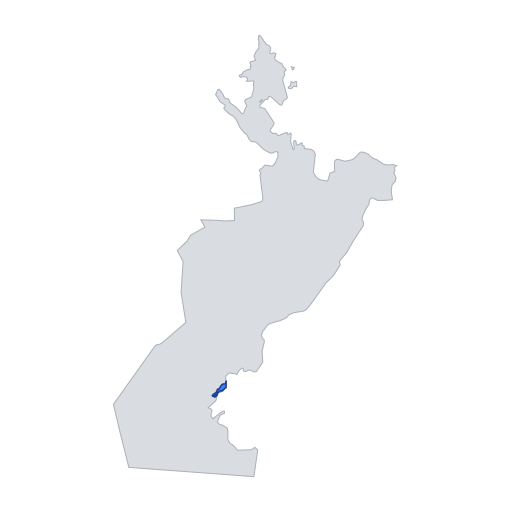 location of Khojeyli, Karakalpakstan, Uzbekistan, rotated 272°
{"feature_id": "79887680B45163084066424", "entity_name": "Khojeyli", "entity_type": "district", "adm_level": 2, "iso_a3": "UZB", "parent_name": "Uzbekistan", "parent_adm1": "Karakalpakstan", "projection": "albers", "projection_center": [59.321, 42.473], "detail": "fine", "context": "in_parent", "style": "filled", "palette": "blue", "viewbox_px": 512, "rotation_deg": 272, "n_neighbors": 0, "source": "geoboundaries", "source_scale": "gbopen_adm2", "svg_char_len": 4747}
<svg xmlns="http://www.w3.org/2000/svg" viewBox="0 0 512 512"><g transform="rotate(272 256 256)"><path d="M408.5,215.1L416.0,210.0L420.8,212.1L421.4,213.5L416.9,217.0L412.7,219.2L411.9,223.1L407.7,225.3L404.0,230.9L397.7,237.0L397.8,238.1L398.5,238.9L400.8,239.2L405.8,241.5L410.0,239.3L411.1,239.5L412.5,241.0L414.4,245.5L416.5,246.5L423.2,248.0L428.0,247.4L430.6,248.0L430.9,247.5L430.2,240.5L432.4,241.4L434.4,240.2L434.8,236.6L434.0,234.4L435.4,232.9L436.4,233.6L436.8,235.7L439.3,236.7L441.4,239.9L442.6,243.8L447.1,244.1L448.6,243.2L449.9,243.4L451.3,248.3L452.0,248.6L455.7,247.0L459.6,248.5L464.1,251.7L468.5,251.3L469.6,251.8L472.6,250.7L476.4,251.1L476.6,251.7L476.1,252.7L468.2,258.6L466.3,262.2L464.5,263.5L459.1,262.6L458.6,264.7L459.8,266.4L458.9,268.7L456.1,268.3L455.4,267.4L452.9,268.3L450.3,272.1L449.3,275.1L446.5,276.3L443.0,279.7L441.1,277.7L438.3,278.4L434.2,276.7L432.3,276.6L415.9,281.8L414.5,281.5L412.3,278.1L407.8,276.6L407.7,274.7L415.3,265.8L416.0,263.3L412.9,262.3L413.1,260.2L406.8,254.7L405.7,254.5L405.0,254.8L403.5,259.7L389.7,269.5L387.4,269.0L383.7,266.5L381.4,265.7L379.0,268.5L379.5,271.5L377.0,274.1L380.5,281.9L380.3,283.0L378.4,283.5L380.2,286.4L379.1,286.9L371.8,286.6L363.6,289.4L364.0,290.6L371.4,289.6L372.5,290.0L372.8,291.0L372.4,291.7L368.6,292.8L368.3,294.1L370.8,297.5L370.0,298.4L368.5,297.9L367.6,300.3L365.1,300.5L364.5,307.5L362.7,310.2L360.0,311.7L341.8,310.4L337.4,313.0L334.6,316.4L333.4,324.2L333.6,325.0L341.6,327.2L343.3,331.7L352.6,331.1L354.2,331.7L355.1,332.8L355.6,334.0L353.8,341.8L355.5,348.3L357.3,351.2L363.4,356.5L363.5,359.7L362.6,362.6L361.3,365.3L359.7,366.5L357.7,369.9L356.1,374.0L352.6,379.5L351.6,382.5L352.0,390.7L351.1,393.3L350.9,392.3L349.4,391.6L345.2,391.7L344.3,390.7L339.1,393.2L335.6,392.6L331.9,389.5L325.2,388.9L317.0,390.4L316.0,381.9L315.8,375.6L318.2,370.4L318.0,369.4L316.5,367.8L311.4,366.9L305.3,363.4L299.7,361.2L296.5,360.6L293.2,362.3L290.1,362.2L275.0,353.0L262.4,346.4L253.6,339.4L249.8,340.4L238.8,333.9L231.6,326.9L208.4,311.5L203.9,307.7L202.7,305.7L200.6,295.6L198.4,291.1L195.5,288.7L192.9,283.9L188.9,272.2L187.5,270.1L180.7,265.3L176.9,264.1L174.1,265.0L172.7,267.0L170.5,267.3L160.8,265.4L150.2,266.5L140.8,260.6L140.2,259.6L140.2,257.9L141.9,253.9L141.6,252.2L140.3,250.3L140.3,248.3L141.1,247.1L142.9,247.5L143.5,246.7L143.2,245.7L141.1,243.2L136.8,241.0L137.7,239.4L137.8,235.6L138.4,233.6L137.9,232.8L134.7,230.0L124.4,229.9L121.9,229.1L120.0,228.0L118.0,223.7L117.0,222.7L109.9,220.9L102.7,213.5L101.3,216.8L99.9,217.4L94.5,216.5L91.7,218.5L98.3,226.1L99.8,228.4L99.7,229.8L97.8,230.0L96.0,226.4L94.9,225.3L88.6,223.2L86.4,225.5L85.8,228.4L83.0,233.3L79.7,234.1L72.0,234.2L69.7,235.3L68.1,236.6L65.1,240.9L61.2,244.2L62.2,258.1L64.7,261.6L62.0,264.5L35.4,261.6L40.3,136.3L76.8,125.8L102.8,118.7L162.3,158.0L163.7,159.5L164.5,162.9L166.2,165.6L187.2,188.2L217.1,182.4L247.8,183.4L258.8,177.1L268.5,186.6L274.4,189.8L283.1,204.0L290.2,199.6L290.3,217.3L289.9,222.7L290.6,233.3L303.0,232.6L307.0,249.4L310.7,259.9L313.5,260.9L336.9,257.2L338.8,257.8L342.0,256.3L344.5,259.5L347.2,261.6L346.3,269.2L349.5,271.9L356.4,274.6L360.4,274.1L361.0,272.7L360.7,271.0L359.5,269.3L359.3,267.1L359.8,265.5L363.1,259.4L368.9,253.1L370.1,251.0L370.2,247.4L372.2,245.2L377.4,242.3L378.1,240.5L384.2,235.3L391.3,231.6L394.5,228.9L397.2,224.2L401.4,219.1L403.2,218.8L404.7,220.0L405.8,220.0L408.5,215.1ZM412.5,256.9L411.4,254.9L410.1,254.2L409.6,254.6L411.8,257.1L412.5,256.9ZM431.7,290.3L426.6,290.9L427.0,287.5L425.0,286.2L424.4,284.6L424.6,283.0L425.7,282.3L427.5,284.4L431.5,284.9L430.6,287.4L431.8,289.8L431.7,290.3ZM446.3,284.6L445.8,287.7L443.4,286.7L443.6,285.9L446.3,284.6Z" fill="#d9dde1" stroke="#a8b0b8" stroke-width="1"/><path d="M113.8,219.3L113.6,219.8L114.3,219.9L114.2,220.8L114.8,221.2L115.4,221.7L116.0,220.9L116.1,221.4L116.6,222.2L116.9,222.1L117.1,222.1L117.3,222.1L117.6,222.3L117.9,222.5L118.1,222.7L118.6,223.4L119.5,224.5L120.0,225.2L120.0,225.4L120.1,225.8L119.8,226.5L120.6,227.5L121.1,228.0L121.3,228.2L122.0,228.9L122.3,229.2L122.5,229.5L122.9,229.7L123.1,230.0L123.3,230.5L123.6,230.7L124.2,230.7L124.7,230.7L125.2,230.7L125.4,230.7L125.5,230.7L126.7,230.6L127.3,230.6L127.6,230.6L127.9,230.6L128.3,230.6L129.2,230.5L129.4,230.5L129.5,230.5L129.1,230.1L128.3,230.2L127.7,230.3L127.2,229.9L127.1,229.2L127.1,228.3L126.8,227.9L126.7,227.0L126.1,226.3L125.0,225.4L123.6,224.8L122.8,224.2L122.0,223.7L121.7,223.4L121.6,222.4L121.2,222.4L120.9,222.5L120.8,222.3L120.7,221.8L119.5,221.6L119.1,221.6L119.0,221.2L118.2,221.0L117.6,220.0L117.0,219.4L116.6,218.5L116.3,218.1L115.5,217.7L115.0,217.2L114.4,217.6L114.2,218.2L114.8,218.6L114.8,219.2L114.1,219.0L113.8,219.3Z" fill="#3b82f6" stroke="#1e3a8a" stroke-width="1.5"/></g></svg>